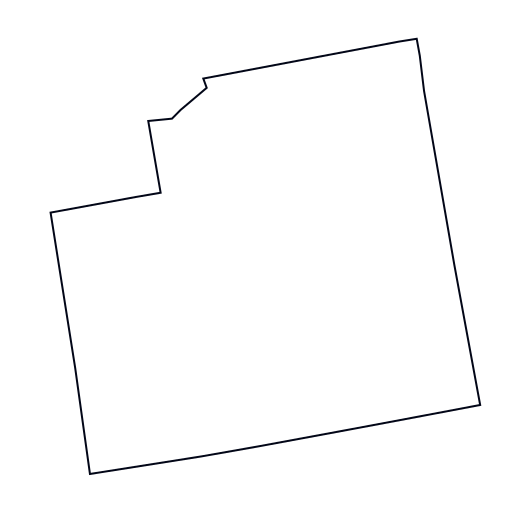 outline of Bartholomew, Indiana, United States of America, rotated 171°
{"feature_id": "52423323B99748552425099", "entity_name": "Bartholomew", "entity_type": "district", "adm_level": 2, "iso_a3": "USA", "parent_name": "United States of America", "parent_adm1": "Indiana", "projection": "robinson", "projection_center": [-85.902, 39.193], "detail": "fine", "context": "isolated", "style": "outline", "palette": "ink", "viewbox_px": 512, "rotation_deg": 171, "n_neighbors": 0, "source": "geoboundaries", "source_scale": "gbopen_adm2", "svg_char_len": 416}
<svg xmlns="http://www.w3.org/2000/svg" viewBox="0 0 512 512"><g transform="rotate(171 256 256)"><path d="M57.9,73.8L61.5,216.0L64.2,392.8L62.9,428.2L63.3,445.4L81.3,445.4L280.3,439.5L278.4,429.8L293.4,420.7L307.6,412.1L317.5,404.8L341.3,406.2L340.3,333.4L365.5,333.1L452.1,331.0L452.1,173.6L454.1,66.7L341.2,66.6L283.3,67.6L189.9,70.0L115.1,72.1L57.9,73.8Z" fill="none" stroke="#020617" stroke-width="2"/></g></svg>